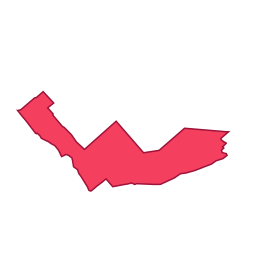 the district of S.A. Nyyazow, Tashauz, Turkmenistan, rotated 49°
{"feature_id": "10190150B78263811448824", "entity_name": "S.A. Nyyazow", "entity_type": "district", "adm_level": 2, "iso_a3": "TKM", "parent_name": "Turkmenistan", "parent_adm1": "Tashauz", "projection": "natural_earth1", "projection_center": [58.86, 40.837], "detail": "fine", "context": "isolated", "style": "filled", "palette": "rose", "viewbox_px": 256, "rotation_deg": 49, "n_neighbors": 0, "source": "geoboundaries", "source_scale": "gbopen_adm2", "svg_char_len": 1629}
<svg xmlns="http://www.w3.org/2000/svg" viewBox="0 0 256 256"><g transform="rotate(49 128 128)"><path d="M42.4,199.8L49.9,200.2L55.0,200.2L70.8,201.2L71.0,201.3L72.3,200.8L72.4,199.9L76.6,199.6L78.4,200.1L79.0,200.1L82.8,198.5L84.5,197.8L85.1,197.5L85.4,197.4L86.5,196.9L89.0,196.4L93.3,194.8L99.5,195.0L103.1,196.1L106.0,196.9L106.7,194.5L106.9,193.8L107.1,192.3L107.3,192.2L108.0,191.8L110.3,190.5L111.2,190.6L113.6,189.9L116.7,191.5L121.5,194.5L126.3,193.4L127.5,193.9L130.1,195.0L134.2,195.3L139.0,196.1L145.7,197.2L149.4,198.4L150.7,197.8L151.3,197.2L151.5,192.0L151.4,190.2L151.9,183.0L152.0,178.0L152.6,178.0L162.3,178.0L167.7,168.7L170.0,165.0L171.9,161.3L173.8,160.5L175.1,159.9L175.6,158.1L187.7,145.3L188.2,144.7L191.1,141.4L191.9,140.2L196.1,125.7L196.9,118.5L200.0,113.7L203.9,105.5L207.5,95.4L210.0,88.7L210.5,83.2L213.3,76.6L213.6,73.4L213.6,71.1L212.6,70.9L211.8,70.6L211.2,71.1L210.5,71.6L208.8,72.7L208.3,73.0L206.4,72.2L206.2,72.1L206.1,71.9L206.0,68.9L204.3,68.8L204.3,68.7L204.2,68.8L204.0,63.9L203.8,63.8L201.8,64.4L201.7,64.9L200.0,64.9L198.4,65.3L197.9,65.5L197.3,64.9L196.9,64.7L196.8,64.4L196.8,63.6L196.8,61.6L196.8,59.2L196.8,56.9L196.8,55.8L196.8,55.4L196.7,55.2L196.8,55.2L196.8,54.7L196.0,55.6L169.6,81.3L165.3,85.5L165.3,94.6L165.3,111.6L165.3,119.2L156.9,132.5L156.7,132.5L126.7,132.5L115.4,132.5L115.1,132.5L115.5,165.4L115.6,174.9L104.6,176.1L95.9,175.1L85.5,175.8L85.2,175.9L84.0,176.5L68.7,176.3L68.3,175.3L60.1,175.4L60.2,173.0L60.4,167.7L54.2,167.9L44.9,168.2L44.9,177.2L44.8,177.3L44.0,178.7L43.9,196.9L42.5,199.7L42.4,199.8Z" fill="#f43f5e" stroke="#9f1239" stroke-width="1.5"/></g></svg>